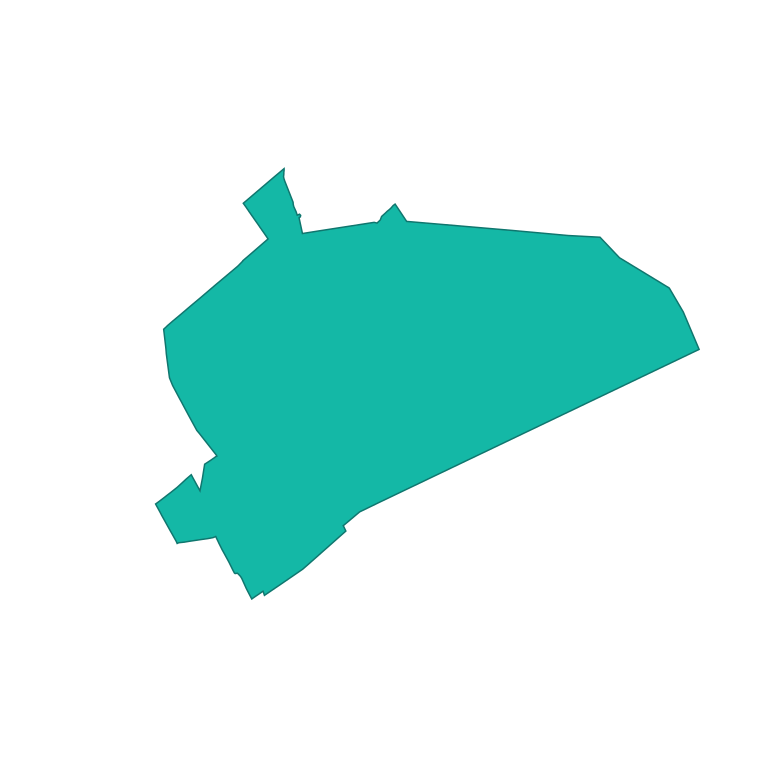 outline of Santa María del Tule, Oaxaca, Mexico, rotated 219°
{"feature_id": "50627088B60883552057189", "entity_name": "Santa María del Tule", "entity_type": "district", "adm_level": 2, "iso_a3": "MEX", "parent_name": "Mexico", "parent_adm1": "Oaxaca", "projection": "equal_earth", "projection_center": [-96.623, 17.031], "detail": "fine", "context": "isolated", "style": "filled", "palette": "teal", "viewbox_px": 768, "rotation_deg": 219, "n_neighbors": 0, "source": "geoboundaries", "source_scale": "gbopen_adm2", "svg_char_len": 2271}
<svg xmlns="http://www.w3.org/2000/svg" viewBox="0 0 768 768"><g transform="rotate(219 384 384)"><path d="M589.7,287.9L576.0,274.5L572.2,270.5L554.6,253.8L547.3,249.8L533.4,243.9L529.2,242.2L528.1,241.7L525.5,240.6L517.2,237.1L500.2,230.1L496.6,229.4L469.4,223.2L468.6,222.8L468.7,222.7L470.8,215.3L472.9,208.8L471.0,205.5L465.8,196.5L459.8,185.2L474.6,191.3L475.0,191.5L476.7,192.2L477.9,185.7L479.7,173.5L480.3,170.8L480.9,168.1L481.5,165.4L482.1,162.9L482.7,160.4L483.3,157.7L483.9,155.2L485.4,149.2L486.0,147.0L483.4,145.9L483.1,145.8L476.8,143.2L473.9,141.9L473.6,141.8L465.1,138.4L456.9,135.1L453.8,133.9L446.3,130.9L444.4,129.9L443.6,131.5L439.6,135.5L438.2,137.1L435.7,139.9L432.3,143.6L427.9,148.4L423.6,153.0L420.2,157.0L419.3,158.6L418.8,159.6L417.0,158.7L413.8,157.2L413.0,156.8L411.6,156.1L410.6,155.7L410.0,155.4L405.4,153.3L403.4,152.5L392.7,148.1L386.6,145.3L383.8,144.0L383.0,143.7L382.1,143.3L381.5,143.0L380.4,143.0L379.7,143.8L379.2,144.3L378.8,144.7L377.5,144.6L374.6,144.2L372.2,143.4L362.5,138.5L359.8,137.3L351.5,133.7L350.4,137.5L347.6,146.8L346.7,146.3L343.9,144.5L337.1,167.1L330.6,189.0L330.4,190.2L328.8,199.5L321.1,245.7L326.1,248.1L326.5,248.2L323.1,265.8L322.4,269.4L313.2,289.0L160.9,609.2L196.7,628.3L222.7,638.1L280.5,630.3L308.5,634.0L334.3,615.3L380.9,584.1L468.3,524.9L468.7,524.6L483.4,529.2L488.6,530.8L489.2,528.4L489.3,525.3L489.6,523.0L490.2,520.3L490.5,517.7L491.3,512.7L490.1,509.1L490.7,504.7L493.4,503.4L531.4,461.5L542.1,449.6L542.3,449.8L554.6,459.7L554.4,460.5L554.2,461.3L554.3,461.4L554.9,462.6L556.5,462.8L557.7,460.6L560.6,462.5L565.8,465.1L567.7,466.6L569.0,468.0L569.3,468.2L588.2,478.9L588.8,479.2L589.4,479.6L589.5,479.7L590.8,480.5L591.6,481.1L592.7,482.1L593.1,482.8L593.6,483.6L594.0,484.1L594.4,484.7L594.9,485.2L595.3,485.9L596.2,487.3L596.7,487.9L597.1,488.4L597.2,488.5L599.6,476.1L607.1,435.9L601.7,434.4L600.8,434.1L599.0,433.6L597.5,433.1L595.0,432.4L592.7,431.7L590.8,431.2L588.5,430.5L586.4,429.9L584.6,429.4L580.4,428.2L578.9,427.7L577.3,427.3L575.4,426.7L573.9,426.3L565.4,423.8L569.2,402.4L571.3,391.0L571.1,390.8L571.8,383.5L577.2,355.6L581.2,334.1L582.7,326.5L584.0,319.7L585.6,311.0L587.7,300.4L588.6,295.3L588.9,293.8L589.7,287.9Z" fill="#14b8a6" stroke="#0f766e" stroke-width="1.5"/></g></svg>